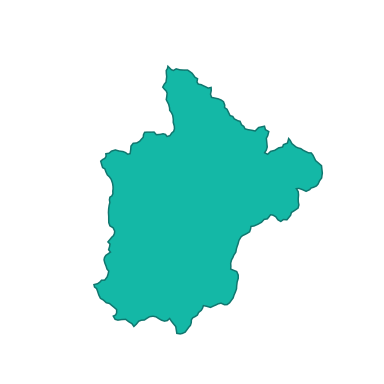 outline of Monte Santo de Minas, Minas Gerais, Brazil, rotated 155°
{"feature_id": "56859067B96658900686758", "entity_name": "Monte Santo de Minas", "entity_type": "district", "adm_level": 2, "iso_a3": "BRA", "parent_name": "Brazil", "parent_adm1": "Minas Gerais", "projection": "albers", "projection_center": [-46.948, -21.205], "detail": "fine", "context": "isolated", "style": "filled", "palette": "teal", "viewbox_px": 384, "rotation_deg": 155, "n_neighbors": 0, "source": "geoboundaries", "source_scale": "gbopen_adm2", "svg_char_len": 3679}
<svg xmlns="http://www.w3.org/2000/svg" viewBox="0 0 384 384"><g transform="rotate(155 192 192)"><path d="M247.8,263.1L250.7,262.2L253.9,263.1L254.8,260.6L256.8,259.3L259.3,259.2L261.7,258.5L262.3,254.9L262.7,251.9L261.2,249.8L261.5,246.9L261.5,243.3L260.4,240.5L259.9,237.6L260.3,233.6L261.2,230.5L262.2,228.2L263.4,226.3L264.4,223.9L266.3,222.3L268.6,222.0L270.1,219.9L270.9,217.2L272.8,214.8L274.7,211.9L276.4,208.7L277.8,205.1L279.1,202.3L280.4,199.3L280.7,196.0L278.6,192.9L278.6,189.2L279.9,187.1L281.7,185.6L283.9,184.9L286.3,183.7L289.3,182.3L288.3,179.5L289.9,177.2L292.0,174.9L291.3,172.0L294.4,171.4L296.8,171.0L298.9,169.7L300.4,167.7L301.0,164.6L301.2,161.1L301.6,158.0L300.9,155.5L302.8,153.0L304.8,150.9L308.4,149.0L311.3,150.3L313.5,149.3L316.3,148.8L320.0,149.5L320.5,147.1L319.3,144.8L319.5,142.2L320.0,138.0L319.9,134.3L318.0,131.6L316.5,127.9L313.9,125.8L312.8,123.4L311.5,120.7L310.0,117.3L311.4,114.3L313.2,112.8L315.8,112.8L315.5,109.1L313.3,107.2L309.6,106.1L305.9,104.6L304.3,101.4L302.1,98.1L301.5,94.7L298.4,95.7L294.9,97.4L292.1,97.2L289.2,96.1L286.1,96.6L283.1,96.9L279.8,95.9L277.3,94.0L275.7,91.4L273.8,88.7L271.5,86.6L268.7,85.9L265.7,86.8L265.3,83.7L264.6,80.7L263.6,76.9L264.6,73.4L265.5,70.3L262.7,68.4L260.5,67.9L257.4,67.9L254.6,69.4L252.1,70.8L249.8,71.8L247.9,73.9L246.5,76.5L244.4,77.7L241.5,77.8L239.1,78.2L237.0,80.0L233.5,80.9L231.5,82.3L229.7,84.2L227.1,82.3L224.0,79.6L220.4,79.6L218.0,79.5L215.6,79.6L212.7,79.0L210.2,76.1L207.8,75.1L204.8,75.7L201.9,77.3L199.5,78.6L197.5,80.8L195.1,82.9L192.6,85.4L191.1,88.2L189.1,91.4L186.6,94.2L185.2,97.2L185.1,101.0L187.7,103.8L189.5,105.8L188.3,108.0L187.0,111.2L184.8,113.8L182.7,115.3L180.9,117.0L177.7,119.0L175.7,121.8L174.1,123.6L172.3,125.4L169.9,128.3L166.7,130.5L164.6,131.1L162.4,131.1L159.8,131.2L156.6,131.6L154.6,133.7L153.1,135.9L150.2,135.0L145.8,134.9L141.8,135.2L138.2,136.7L135.1,135.8L132.6,137.0L130.4,138.2L128.4,136.8L126.5,134.1L125.9,130.5L124.0,127.8L120.8,128.4L117.7,126.7L114.8,128.1L112.5,129.2L110.6,131.4L106.7,131.9L102.7,132.6L100.6,135.1L99.9,137.9L98.6,141.0L96.7,144.3L95.6,147.4L96.0,150.9L93.6,150.1L91.0,147.6L88.3,144.4L84.4,144.4L82.3,145.3L79.8,144.9L76.7,144.9L74.4,145.9L71.6,148.3L68.6,149.9L67.2,152.1L65.9,154.0L64.8,157.3L63.5,161.1L66.7,168.2L66.8,174.2L67.4,177.0L69.9,178.3L73.5,182.7L75.1,185.4L77.0,186.9L78.7,188.8L81.0,193.6L81.2,197.3L81.8,199.6L84.8,196.0L89.1,196.3L90.9,194.5L94.8,195.4L99.4,194.8L103.6,195.6L107.5,194.2L109.6,196.9L106.9,198.6L104.8,201.0L101.9,209.3L99.6,211.0L96.9,214.3L99.1,217.5L98.5,221.0L104.4,222.3L109.0,220.6L110.9,222.1L115.0,224.9L117.3,226.9L117.3,229.5L118.7,232.0L118.6,235.8L120.3,237.2L122.8,240.4L123.1,243.2L125.2,245.2L125.3,252.2L126.8,254.7L125.6,256.9L125.3,260.5L126.6,262.9L128.9,265.4L134.3,269.5L133.9,272.8L131.7,275.8L130.5,278.7L133.4,279.3L135.1,281.5L136.8,283.5L138.3,285.4L140.7,287.1L141.0,289.6L139.1,292.3L140.8,294.7L141.7,299.5L143.2,302.3L144.5,304.4L147.6,305.8L151.3,307.8L154.3,310.3L157.5,310.0L159.1,311.7L160.7,316.1L162.1,314.2L164.0,313.0L165.1,310.4L166.2,307.2L167.8,304.7L169.1,302.6L171.6,301.4L174.2,299.4L173.6,296.9L172.7,294.5L172.8,292.1L174.4,289.4L176.3,286.6L176.1,281.3L176.8,277.7L177.7,275.5L177.1,272.6L177.1,269.6L178.2,265.9L179.6,263.0L180.2,259.2L181.2,256.7L183.0,254.7L185.3,254.1L188.2,252.4L191.2,252.9L191.7,255.4L193.6,257.0L196.4,257.6L200.1,259.0L201.0,262.3L204.6,263.9L207.3,265.2L209.7,266.1L211.7,264.5L213.1,262.2L215.6,261.2L218.0,260.1L221.3,259.8L224.7,261.0L227.9,259.4L229.7,256.2L231.9,252.9L234.3,253.4L235.5,255.7L237.4,257.8L240.7,259.9L243.7,262.5L247.8,263.1Z" fill="#14b8a6" stroke="#0f766e" stroke-width="1.5"/></g></svg>